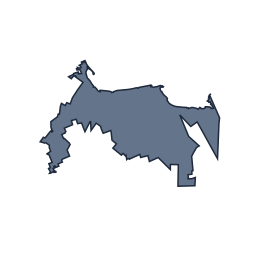 the district of Puerto Peñasco, Sonora, Mexico, rotated 158°
{"feature_id": "50627088B70846464748232", "entity_name": "Puerto Peñasco", "entity_type": "district", "adm_level": 2, "iso_a3": "MEX", "parent_name": "Mexico", "parent_adm1": "Sonora", "projection": "albers", "projection_center": [-113.36, 31.53], "detail": "fine", "context": "isolated", "style": "filled", "palette": "slate", "viewbox_px": 256, "rotation_deg": 158, "n_neighbors": 0, "source": "geoboundaries", "source_scale": "gbopen_adm2", "svg_char_len": 5521}
<svg xmlns="http://www.w3.org/2000/svg" viewBox="0 0 256 256"><g transform="rotate(158 128 128)"><path d="M217.7,115.4L216.7,115.1L213.6,115.5L213.6,114.8L212.4,114.8L212.3,114.2L211.2,114.2L211.2,114.7L212.0,114.8L212.0,116.0L212.6,116.0L212.6,118.4L211.3,118.4L211.2,120.2L210.0,120.2L209.9,118.5L206.4,118.5L206.4,120.9L201.6,121.0L201.6,123.1L200.3,123.7L192.7,123.8L192.7,129.7L192.7,130.4L187.9,134.3L188.1,136.0L190.5,141.2L190.7,141.5L190.7,142.0L190.9,142.2L191.3,142.4L191.4,142.5L191.7,142.4L191.8,146.6L191.8,146.8L188.2,146.9L188.1,147.3L187.0,147.9L187.1,151.7L178.2,151.8L177.6,156.1L172.8,155.5L173.1,150.9L169.2,150.1L169.3,140.7L160.8,148.1L160.3,147.8L163.2,139.5L155.7,144.4L153.5,141.0L152.8,139.8L153.1,137.5L153.0,132.4L144.9,132.1L145.4,129.7L147.4,122.6L144.7,117.7L149.6,115.0L144.3,105.3L142.1,106.3L140.8,103.0L140.1,103.4L141.0,99.2L140.1,99.6L139.4,99.5L138.5,99.2L138.5,98.6L127.0,99.1L127.3,95.9L119.9,94.9L120.7,88.9L111.1,89.3L104.3,73.6L102.4,78.3L95.6,75.4L95.1,75.1L103.5,55.3L87.6,49.4L84.1,56.9L87.9,57.1L91.3,58.5L90.8,58.9L89.8,62.2L86.1,61.2L84.8,64.3L83.7,64.1L83.5,64.9L79.6,77.8L77.3,79.9L71.7,84.3L68.7,84.7L74.8,97.3L74.9,98.4L75.1,120.8L69.2,105.9L61.6,107.7L56.5,66.0L41.9,98.3L39.3,103.1L40.0,127.7L39.2,128.3L38.3,128.6L39.3,128.4L40.4,127.9L41.1,127.2L41.1,126.8L41.3,126.5L41.5,126.5L41.5,126.3L41.6,126.2L41.3,126.2L41.1,126.0L41.1,125.8L41.5,125.2L42.4,124.4L43.2,123.8L44.0,123.5L43.4,123.2L43.8,122.9L43.6,122.8L43.5,122.5L43.4,122.2L43.5,121.8L43.4,121.5L42.7,121.3L42.0,121.4L41.9,120.5L42.1,120.4L42.1,120.2L41.9,120.1L41.9,119.9L42.0,119.7L41.9,119.5L42.1,119.4L42.2,119.2L42.3,118.8L42.1,118.6L42.3,118.6L41.7,117.4L41.5,116.7L41.5,115.9L41.4,115.5L41.2,115.0L41.4,114.2L43.0,114.6L43.1,115.0L43.3,115.2L43.5,115.3L43.5,115.8L43.7,115.7L43.6,116.2L43.9,116.3L44.2,116.6L44.3,116.8L44.6,116.9L44.8,117.1L45.5,117.3L45.6,117.5L45.9,117.7L46.1,117.8L46.5,118.0L47.0,118.2L47.6,118.2L47.8,118.5L48.2,118.7L48.6,118.6L48.7,118.4L48.8,117.9L50.7,117.6L53.0,118.7L53.1,119.6L53.5,120.0L53.9,120.2L54.3,119.9L54.9,119.6L55.5,119.2L55.9,119.1L57.1,120.6L59.8,122.4L60.7,123.0L61.4,123.2L61.7,123.3L62.3,123.3L63.0,123.2L64.5,123.3L64.6,123.5L64.3,123.7L64.3,123.9L64.6,124.1L65.0,124.3L65.5,124.1L65.6,124.3L65.9,124.5L65.9,125.0L66.1,125.2L66.7,125.5L68.4,126.2L71.7,127.9L72.2,128.2L74.0,129.1L75.5,130.0L76.4,130.6L77.4,131.5L78.8,132.9L79.7,134.2L80.1,134.6L80.4,135.1L80.9,136.3L80.9,136.5L80.9,137.3L81.4,138.4L81.3,138.7L81.3,139.0L81.2,139.4L80.6,140.2L80.5,140.5L80.6,141.5L81.1,142.7L82.3,145.1L82.7,146.3L82.8,146.5L82.7,146.9L83.0,147.6L83.3,148.6L83.3,148.8L83.0,148.8L83.0,149.1L83.3,149.2L83.4,149.3L83.6,149.7L83.7,150.2L83.7,150.9L83.7,151.3L83.5,152.2L83.3,152.8L83.4,153.0L82.7,153.5L82.2,153.3L81.9,153.4L81.6,153.5L81.5,153.4L81.2,153.4L80.8,153.0L80.4,152.7L80.2,152.7L79.9,153.0L79.7,153.1L79.9,153.3L80.5,153.7L80.6,153.9L80.5,154.1L80.8,154.1L81.2,154.5L81.3,154.7L81.5,154.8L81.8,155.0L82.1,155.3L82.4,155.3L82.9,155.4L83.1,155.4L83.7,155.4L83.9,155.4L84.5,155.4L87.1,155.8L88.6,156.2L89.5,156.5L90.0,156.8L90.5,157.3L90.5,157.5L90.5,158.0L90.8,158.2L90.9,157.8L91.2,157.8L91.1,158.0L91.2,158.3L90.9,158.4L90.6,158.3L90.4,158.2L90.2,158.1L90.1,158.4L90.2,158.7L90.5,159.0L91.0,159.4L91.9,159.4L102.5,161.5L102.9,161.5L103.2,161.3L103.3,161.1L104.0,161.1L104.2,161.7L104.8,162.0L105.4,162.2L109.0,162.7L111.3,163.2L113.0,163.6L116.5,164.6L117.2,164.9L120.2,165.7L121.9,166.2L123.7,166.8L124.3,166.9L124.6,166.9L125.2,166.9L125.4,167.0L126.8,167.0L127.3,167.1L127.7,167.1L127.9,167.0L128.1,167.0L128.2,166.8L129.8,166.9L129.9,167.5L130.3,168.1L131.9,169.3L134.9,170.9L135.6,171.3L138.2,172.6L139.8,173.5L140.0,173.3L140.2,172.8L140.2,172.1L140.9,172.4L141.9,173.7L142.3,174.9L142.3,175.7L142.7,176.6L143.0,177.2L143.3,178.3L143.9,178.5L144.7,178.8L144.3,179.3L144.4,180.2L144.3,180.5L144.5,180.8L144.7,181.1L145.0,182.4L145.3,183.8L145.3,184.5L145.5,185.3L145.7,186.5L146.0,187.1L146.1,187.7L146.5,188.4L146.9,189.5L146.9,191.1L146.7,191.6L146.8,192.3L146.7,193.0L146.6,193.3L146.7,193.5L146.5,193.8L146.5,194.7L145.8,195.9L144.8,197.1L143.9,197.5L143.3,198.5L143.1,199.8L142.8,199.6L142.5,199.0L142.2,197.9L141.7,197.5L141.8,197.1L141.3,196.9L140.1,194.4L139.7,192.9L140.1,191.1L139.8,190.5L139.4,190.6L139.2,190.7L139.0,190.9L138.9,191.3L139.1,192.1L139.3,193.0L139.8,194.3L140.6,196.2L140.9,197.1L141.4,198.6L142.1,200.6L142.2,201.1L142.4,202.2L142.5,202.8L142.6,203.2L142.5,204.0L142.5,204.7L142.6,205.7L142.6,203.5L142.8,205.4L142.6,206.6L143.8,206.6L143.8,205.4L144.4,205.3L144.5,206.6L146.5,206.6L146.4,204.7L149.7,204.4L149.1,203.2L148.9,203.1L148.7,202.3L149.0,201.5L149.3,201.4L150.1,201.6L151.1,202.2L151.7,202.7L151.8,203.0L152.2,203.2L152.2,202.2L153.6,202.2L153.6,200.8L151.8,200.4L151.8,200.6L150.8,200.1L150.7,198.8L150.6,198.3L150.6,195.9L153.2,196.6L153.7,196.6L153.7,197.8L153.1,197.8L153.1,198.6L158.0,198.9L158.3,198.2L163.9,197.8L162.1,194.9L158.6,196.8L157.7,195.4L157.0,195.8L156.7,195.1L157.3,194.7L152.6,187.2L160.4,182.3L168.1,176.9L172.6,172.0L175.3,174.4L177.8,172.4L180.5,175.8L182.6,173.4L186.4,166.5L187.4,167.1L189.3,164.8L197.1,162.8L199.3,157.1L199.0,153.1L200.0,152.8L200.2,154.3L201.4,153.9L208.4,149.9L210.0,151.1L213.5,148.8L214.6,148.1L212.2,146.3L211.1,145.3L209.7,145.1L207.4,141.5L208.4,139.2L208.4,135.4L212.8,134.4L212.6,133.8L211.3,133.1L211.2,124.5L214.8,124.6L214.8,120.2L216.5,120.2L216.6,120.3L216.9,120.2L216.4,116.2L217.7,115.4Z" fill="#64748b" stroke="#1e293b" stroke-width="1.5"/></g></svg>